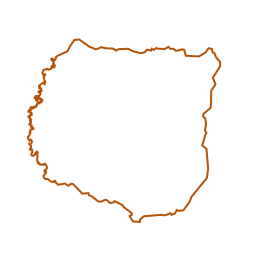 outline of Vichadero, Rivera, Uruguay, rotated 172°
{"feature_id": "84410073B89841560148342", "entity_name": "Vichadero", "entity_type": "district", "adm_level": 2, "iso_a3": "URY", "parent_name": "Uruguay", "parent_adm1": "Rivera", "projection": "mercator", "projection_center": [-54.498, -31.798], "detail": "fine", "context": "isolated", "style": "outline", "palette": "amber", "viewbox_px": 256, "rotation_deg": 172, "n_neighbors": 0, "source": "geoboundaries", "source_scale": "gbopen_adm2", "svg_char_len": 5967}
<svg xmlns="http://www.w3.org/2000/svg" viewBox="0 0 256 256"><g transform="rotate(172 128 128)"><path d="M207.5,84.4L204.9,81.5L198.2,81.8L195.3,79.2L194.2,79.3L192.6,80.7L190.2,80.1L182.4,69.4L176.3,69.0L175.9,66.8L173.3,65.3L167.6,59.4L164.7,58.8L161.4,59.9L159.4,59.9L156.2,56.2L152.7,56.3L151.3,57.4L144.2,52.4L143.2,50.3L136.0,42.9L136.4,41.4L138.6,40.6L137.5,37.7L136.0,34.8L129.3,33.3L128.5,36.0L124.5,38.4L107.6,37.4L103.2,36.3L98.1,37.8L96.8,35.9L93.2,37.0L91.2,40.0L89.6,38.9L84.5,38.9L77.3,46.3L74.7,51.0L56.9,67.5L54.3,76.4L53.2,96.4L56.9,100.4L52.4,110.4L51.1,112.3L52.1,115.0L50.2,120.9L50.1,126.4L52.0,129.1L51.5,131.3L43.4,136.5L42.2,141.5L40.5,153.1L35.3,159.2L37.0,165.9L28.2,176.3L27.6,180.5L31.1,186.0L31.8,190.0L33.6,190.9L33.9,194.6L37.1,195.8L38.6,194.4L40.2,192.3L47.7,189.0L60.7,191.5L61.4,197.5L62.7,198.3L69.7,197.7L72.4,200.3L75.0,200.4L76.7,202.8L80.4,201.1L87.4,202.4L88.9,203.3L91.5,201.8L93.4,203.2L94.3,201.5L98.3,202.9L101.0,200.6L105.3,200.4L112.1,203.2L116.8,206.4L126.3,207.4L129.0,206.3L131.9,208.8L139.0,210.0L143.1,211.7L148.7,210.3L155.1,214.0L163.9,222.4L168.8,222.7L173.9,217.2L177.3,212.4L187.9,209.2L189.8,207.9L189.6,207.3L189.8,206.8L190.4,206.1L191.0,205.7L191.4,205.0L191.7,204.9L192.1,204.9L192.3,205.2L192.4,206.4L192.7,206.7L193.4,206.9L193.7,207.3L194.3,207.1L194.5,206.9L194.1,205.9L192.5,203.9L192.6,203.4L192.4,202.8L192.5,202.4L193.1,202.3L193.2,202.0L192.0,200.7L191.8,199.7L192.5,198.4L193.3,198.3L193.7,198.5L193.9,199.8L194.3,200.1L194.9,199.9L195.3,199.4L195.3,198.0L195.5,197.6L195.8,197.3L197.4,197.1L198.0,196.9L198.6,196.9L199.2,197.2L199.6,197.8L200.1,197.9L201.1,197.5L203.4,197.4L204.0,196.7L204.4,196.1L204.5,195.5L204.7,195.1L205.2,194.7L204.6,192.6L204.2,192.3L203.7,192.3L203.2,192.8L202.9,192.9L202.6,192.7L202.5,192.3L202.8,191.6L203.9,190.9L204.4,190.2L204.6,189.4L204.4,189.1L204.2,188.0L204.2,187.0L204.0,186.5L203.4,185.8L203.4,185.5L203.5,185.3L203.9,185.2L204.2,185.1L204.3,184.9L203.8,184.7L203.7,184.6L203.8,184.4L204.3,184.2L204.3,183.4L204.5,183.0L205.2,183.6L205.3,183.8L205.1,184.5L205.2,184.8L205.5,184.9L206.0,184.5L208.6,183.2L209.3,182.6L210.0,182.5L210.3,181.9L210.4,181.4L210.2,181.2L210.1,180.7L210.4,179.8L210.3,179.6L210.1,179.6L209.9,180.1L209.2,180.3L209.1,179.6L208.5,179.1L208.5,178.9L208.8,178.5L208.9,177.4L208.7,177.3L208.4,177.2L208.3,176.9L208.8,176.5L209.7,176.7L210.1,176.7L210.4,176.9L211.1,176.8L211.4,176.6L211.6,176.0L211.4,175.8L211.1,176.0L210.8,176.2L210.5,175.9L210.3,175.1L209.9,174.9L209.8,174.7L210.0,174.0L210.3,173.7L210.5,173.1L211.1,172.7L211.7,171.8L211.9,171.8L212.1,172.3L212.6,172.4L212.8,172.3L213.0,171.4L214.1,171.1L214.3,171.2L214.0,172.3L214.4,172.6L214.7,172.6L215.1,172.4L215.6,171.4L216.2,171.1L216.3,170.8L216.2,170.5L216.0,170.4L215.1,170.5L214.6,170.4L214.5,170.2L214.5,169.2L215.2,169.0L215.3,168.7L215.2,168.2L214.9,167.9L214.0,168.1L213.7,168.4L213.2,169.3L212.6,169.8L211.6,169.9L211.2,169.8L211.3,169.0L211.2,168.7L210.9,168.6L210.3,169.0L209.8,168.8L209.2,167.9L208.9,167.2L209.0,167.0L209.4,166.7L209.8,166.9L210.3,166.9L210.4,166.3L210.1,166.0L210.2,165.6L210.5,165.6L210.7,166.1L211.2,166.2L211.4,166.1L212.1,164.8L212.8,165.6L213.1,166.1L213.3,166.1L213.5,166.0L214.2,165.0L214.6,164.8L214.8,163.9L214.7,163.5L215.2,162.8L215.4,162.8L216.3,162.9L216.4,162.7L216.2,162.3L216.3,162.0L216.6,161.6L217.3,161.4L217.6,161.5L218.1,161.9L218.7,162.0L219.1,161.3L219.0,160.9L219.5,160.5L220.0,160.7L220.3,161.9L220.5,162.1L221.0,162.2L221.4,162.0L221.7,161.8L221.8,161.6L221.7,161.4L221.2,161.0L221.2,160.8L221.6,160.5L221.4,160.0L221.6,159.7L221.9,159.7L222.1,160.0L222.4,160.1L222.8,159.7L223.5,159.6L224.4,158.1L224.2,157.8L223.9,157.7L223.7,157.7L223.0,158.4L222.3,158.3L222.3,157.9L222.7,157.8L222.8,157.6L222.8,157.4L222.1,156.7L221.5,156.4L221.5,156.1L221.6,155.9L222.1,155.7L222.1,155.3L221.3,154.8L221.3,154.6L221.6,154.5L222.3,154.7L222.5,154.4L222.5,154.1L222.9,153.8L223.7,154.1L223.8,153.9L224.1,153.5L224.9,153.2L225.1,152.9L225.1,152.7L224.9,152.6L224.0,152.5L223.7,152.3L223.7,152.0L224.0,151.2L223.9,150.6L223.6,150.4L223.1,150.3L222.8,150.0L222.7,149.7L222.9,149.4L223.6,149.6L223.9,149.6L224.0,149.4L224.0,149.0L223.8,148.2L223.3,147.7L223.1,147.5L223.1,147.1L223.2,146.8L223.7,146.4L225.0,146.0L225.2,145.8L225.2,145.4L224.6,144.6L224.0,144.3L223.2,144.2L223.1,143.8L223.0,143.3L223.1,143.0L223.8,142.5L223.9,142.3L223.8,142.0L223.5,141.9L222.8,141.8L221.8,141.2L221.7,140.6L221.8,140.3L222.3,140.0L224.8,139.9L225.0,139.6L224.9,138.7L225.0,138.4L225.9,137.8L226.0,137.2L225.5,136.9L225.3,136.7L225.4,136.4L226.5,135.3L226.8,134.2L227.2,134.1L227.6,133.5L228.3,133.1L228.4,131.3L228.2,130.6L227.7,130.2L227.6,129.5L227.2,129.1L226.6,129.3L226.4,129.5L226.4,130.2L226.3,130.3L226.2,130.3L225.1,128.7L225.0,128.0L225.3,127.0L225.9,126.3L226.2,126.1L227.4,126.1L228.0,126.4L228.1,126.2L228.0,125.7L226.9,124.4L226.6,123.7L226.6,122.9L227.0,121.7L227.6,121.2L228.1,120.9L228.2,120.5L226.9,119.8L226.5,120.2L226.3,120.3L226.1,120.2L226.0,119.9L226.1,118.8L226.0,118.0L226.1,117.2L227.2,115.9L227.4,115.4L227.4,114.8L226.8,113.9L226.3,113.7L225.7,113.7L224.0,114.5L223.1,116.0L221.9,117.1L221.7,117.3L221.4,117.2L221.0,116.8L220.8,116.3L220.9,115.8L221.6,114.6L221.7,111.9L222.5,109.1L222.5,108.4L221.7,107.0L222.1,106.6L222.2,105.9L221.5,105.4L220.9,105.5L220.7,105.3L220.6,104.4L220.3,104.0L219.5,104.0L218.8,103.7L218.5,104.0L218.3,104.0L217.1,103.2L216.4,103.2L215.9,104.1L215.3,104.3L215.0,104.0L214.6,103.2L213.8,101.3L213.7,100.2L214.0,99.2L215.5,98.0L216.2,97.8L216.4,97.1L216.7,96.8L216.5,96.6L216.1,96.7L215.9,97.0L215.6,97.1L215.3,97.0L215.2,96.8L216.2,96.0L216.3,95.6L215.7,95.4L215.5,95.1L216.0,94.3L216.3,93.9L217.7,93.1L218.2,92.6L218.4,92.2L218.4,91.6L218.1,90.6L217.7,89.7L217.1,89.1L216.6,88.9L216.0,89.0L215.0,88.7L214.0,88.2L212.1,86.0L210.8,85.3L209.8,85.0L209.3,85.2L208.5,85.8L207.9,85.8L207.4,85.7L207.2,85.3L207.2,84.7L207.5,84.4Z" fill="none" stroke="#b45309" stroke-width="2"/></g></svg>